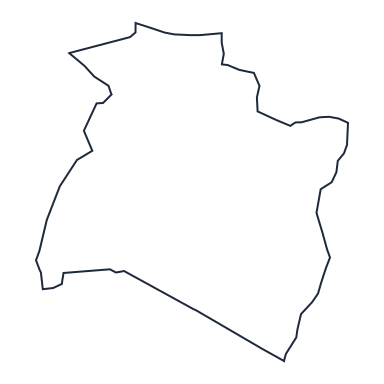 Djourf Al Ahmar, Sila, Chad (Robinson projection)
{"feature_id": "50815135B90510100968968", "entity_name": "Djourf Al Ahmar", "entity_type": "district", "adm_level": 2, "iso_a3": "TCD", "parent_name": "Chad", "parent_adm1": "Sila", "projection": "robinson", "projection_center": [20.609, 12.361], "detail": "fine", "context": "isolated", "style": "outline", "palette": "slate", "viewbox_px": 384, "rotation_deg": 0, "n_neighbors": 0, "source": "geoboundaries", "source_scale": "gbopen_adm2", "svg_char_len": 1196}
<svg xmlns="http://www.w3.org/2000/svg" viewBox="0 0 384 384"><path d="M69.2,53.1L84.5,65.9L94.3,76.6L108.5,85.8L111.4,94.4L111.5,94.5L103.0,103.0L96.6,103.4L83.9,130.7L83.9,130.8L92.3,150.8L77.0,159.9L59.8,186.3L46.8,219.9L39.4,250.9L36.0,260.3L39.6,269.8L40.9,272.5L41.0,273.3L42.8,289.2L53.2,288.0L61.9,283.9L61.9,283.5L62.5,279.1L62.6,278.9L63.5,273.0L67.0,272.7L91.0,270.8L109.9,269.3L115.9,272.5L121.1,271.6L124.0,271.0L133.3,276.1L193.9,309.4L195.2,309.8L262.1,348.8L284.0,361.0L284.0,360.8L285.9,353.9L296.3,337.4L297.4,329.6L301.0,314.1L312.0,302.3L318.0,293.6L321.1,282.9L323.9,274.2L326.2,267.4L330.0,257.5L327.1,249.5L322.4,232.5L316.5,212.9L320.7,189.2L331.7,182.2L336.4,172.2L337.8,160.8L344.0,153.3L347.0,144.9L348.0,122.8L338.5,118.5L329.1,116.8L319.6,117.3L301.5,122.3L295.6,122.4L293.0,124.0L290.4,125.9L276.7,120.2L257.6,111.4L256.9,97.4L259.5,85.8L259.4,85.7L253.9,72.9L248.0,71.7L239.1,69.8L227.6,65.0L223.6,64.6L221.9,64.4L221.9,64.2L223.8,53.8L221.7,42.7L221.7,33.2L200.2,35.1L189.8,35.1L174.3,34.4L164.8,32.6L159.4,30.8L154.6,29.2L135.9,23.1L135.6,23.0L135.6,23.9L135.5,32.3L135.5,32.5L130.0,37.1L69.4,53.0L69.2,53.1Z" fill="none" stroke="#1e293b" stroke-width="2"/></svg>